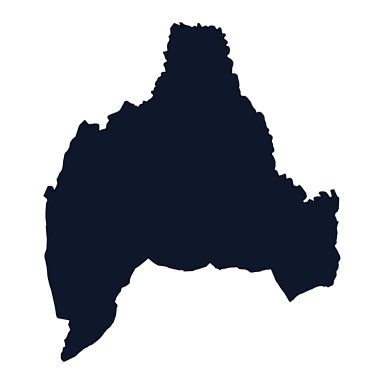 the district of Tibasosa, Boyacá, Colombia
{"feature_id": "7082276B75151573988065", "entity_name": "Tibasosa", "entity_type": "district", "adm_level": 2, "iso_a3": "COL", "parent_name": "Colombia", "parent_adm1": "Boyacá", "projection": "natural_earth1", "projection_center": [-72.995, 5.748], "detail": "fine", "context": "isolated", "style": "filled", "palette": "ink", "viewbox_px": 384, "rotation_deg": 0, "n_neighbors": 0, "source": "geoboundaries", "source_scale": "gbopen_adm2", "svg_char_len": 5902}
<svg xmlns="http://www.w3.org/2000/svg" viewBox="0 0 384 384"><path d="M84.8,120.8L80.9,124.5L79.5,126.4L76.2,136.8L72.8,139.7L70.7,143.0L70.0,147.5L67.8,151.4L66.0,152.9L65.2,154.3L63.8,161.6L63.6,164.9L62.9,169.1L62.0,171.1L59.9,173.8L59.0,176.4L57.3,179.6L57.9,181.9L58.0,185.0L57.5,185.0L56.9,186.9L55.0,190.2L54.0,191.0L53.8,191.0L53.3,190.2L52.7,187.8L51.4,186.6L48.3,186.7L44.3,195.8L46.6,197.6L47.7,197.8L47.8,198.2L47.5,198.7L48.2,200.2L46.8,203.4L46.2,212.1L46.2,217.4L47.0,224.1L47.0,225.4L46.5,226.7L47.6,239.4L47.3,246.7L47.2,249.0L45.3,254.5L45.2,257.3L46.0,260.1L47.5,267.8L48.2,276.2L48.8,279.2L50.1,284.7L51.9,290.2L55.6,306.7L56.9,315.3L57.6,317.2L58.7,317.6L70.2,319.7L69.6,323.6L68.9,324.2L68.9,324.6L71.0,329.5L70.9,330.5L68.8,333.2L67.6,336.9L65.9,339.6L64.9,340.2L65.7,343.6L66.1,347.1L64.0,347.8L63.7,348.2L63.0,352.2L61.8,353.4L61.6,354.4L61.5,358.0L62.2,359.5L63.3,360.7L63.9,360.5L64.2,361.0L74.5,356.0L75.7,355.2L78.0,352.8L83.5,348.3L85.0,347.4L87.2,346.5L88.6,345.3L92.1,343.8L97.6,339.5L100.4,336.8L106.1,329.4L109.7,326.3L113.1,321.6L115.2,315.5L116.1,307.1L116.8,305.8L116.6,305.1L114.0,301.8L114.2,300.9L115.1,299.7L115.2,298.3L115.7,297.3L118.2,293.2L120.0,291.3L120.7,288.6L121.4,287.2L125.6,285.5L128.7,283.2L129.1,282.3L129.1,279.9L130.4,275.9L134.8,268.0L139.0,265.2L145.2,260.2L148.2,257.4L153.8,262.0L158.0,264.7L165.2,265.7L167.5,266.3L169.0,267.2L179.1,269.5L183.1,269.4L184.3,270.7L192.8,270.3L195.1,269.1L196.6,268.9L205.7,266.1L209.9,261.9L215.4,266.6L215.7,267.5L217.2,267.8L220.2,269.2L220.1,268.4L224.9,268.0L229.2,266.9L237.1,266.5L239.7,268.4L244.7,268.7L246.4,269.0L248.1,269.9L250.9,271.8L251.7,271.9L254.7,271.3L258.7,271.0L260.3,270.7L262.4,269.8L267.0,268.9L269.3,268.9L271.3,268.2L276.8,281.3L278.0,282.6L281.2,287.7L285.5,293.5L289.7,300.8L289.9,300.6L290.5,301.1L292.3,299.2L292.7,299.5L295.5,296.3L298.9,293.9L302.1,292.7L309.8,289.1L311.5,288.6L314.7,286.9L318.4,285.6L320.7,285.2L322.0,285.3L324.0,286.0L326.4,285.5L328.1,286.6L331.2,284.9L331.4,285.1L332.7,284.1L333.1,282.7L333.0,280.8L335.7,275.9L335.9,274.7L335.6,272.2L335.7,270.8L336.8,269.6L337.7,267.6L338.1,264.8L337.5,262.4L339.3,259.6L339.7,258.3L339.4,256.3L336.5,250.3L334.5,247.1L334.0,245.7L334.3,244.8L335.7,243.2L336.0,242.1L335.6,239.8L336.1,238.9L336.4,235.2L336.8,233.2L336.1,228.3L336.6,225.4L337.8,222.1L336.0,221.0L335.9,219.5L335.0,218.8L335.6,218.2L335.5,217.9L334.5,217.2L334.6,216.2L334.1,216.1L333.6,215.3L334.4,214.4L334.9,212.5L335.7,212.2L336.3,210.9L337.3,210.9L337.3,210.2L337.0,209.7L337.9,209.0L338.2,208.5L338.0,207.0L338.3,204.5L337.9,204.3L338.1,202.9L338.3,202.9L338.5,199.3L338.3,197.7L337.0,197.2L336.7,196.8L333.7,190.1L331.9,190.3L331.2,190.5L331.1,191.1L331.9,193.1L332.4,196.0L332.1,197.3L331.5,197.7L330.5,197.9L329.0,197.3L326.9,194.0L325.8,192.8L323.7,192.1L320.8,192.2L319.8,192.5L319.5,193.2L321.3,195.4L321.7,196.3L321.5,196.8L320.7,197.3L317.5,197.1L314.6,197.7L314.3,198.5L314.6,200.6L314.1,201.8L313.5,201.9L311.8,200.7L309.6,199.8L308.6,200.9L307.9,202.5L307.6,202.7L306.1,202.5L304.7,203.2L303.4,202.9L302.4,201.4L302.5,200.5L305.3,198.1L306.2,196.3L305.3,193.1L300.2,186.2L299.1,185.7L298.2,186.7L296.8,187.1L293.6,186.1L293.1,185.5L292.6,184.1L291.8,180.0L290.7,178.7L289.9,178.5L286.8,179.4L285.7,178.9L285.4,174.8L284.9,174.3L282.5,175.5L279.6,176.3L278.6,176.2L278.0,175.3L276.8,171.7L275.9,170.8L274.7,170.6L274.2,170.1L274.0,168.9L274.7,166.7L274.8,161.6L273.6,158.4L272.6,156.3L271.5,155.1L271.2,153.9L271.7,152.4L273.2,151.4L273.7,150.6L273.3,148.4L272.3,146.1L272.3,144.2L271.0,141.5L272.0,137.9L271.9,137.0L270.7,135.6L268.9,134.7L267.7,133.0L267.7,132.2L268.4,130.7L268.0,130.7L268.3,129.5L266.8,128.2L266.0,127.1L265.3,123.2L264.0,120.0L263.8,117.2L262.4,114.5L261.0,113.6L261.1,113.2L259.2,112.5L258.4,112.6L256.8,113.4L255.8,113.1L255.2,110.7L252.5,107.3L251.2,105.0L250.3,102.5L246.5,97.8L245.0,96.7L242.0,96.5L241.2,96.3L240.1,95.4L239.7,91.0L238.2,87.5L238.7,85.9L238.5,82.8L236.8,75.4L234.9,74.1L232.0,74.2L231.3,72.8L231.5,67.9L232.7,63.9L232.5,62.1L231.8,60.9L230.4,59.5L227.2,57.6L226.5,56.7L226.4,55.8L226.9,54.7L228.6,53.3L229.1,51.3L229.2,49.3L228.9,47.9L228.2,47.0L226.0,46.5L225.5,45.8L225.9,43.9L227.1,42.7L226.9,41.7L223.4,38.8L223.2,38.0L223.4,37.2L225.0,35.5L225.1,34.9L225.0,34.5L224.6,34.2L222.8,34.2L221.7,33.4L221.3,32.6L220.8,29.3L220.3,28.3L219.8,28.0L219.1,28.4L218.4,29.5L217.7,30.0L216.9,30.1L215.5,29.0L214.3,26.8L213.2,26.4L211.4,26.2L209.5,26.6L208.5,27.8L207.8,28.0L206.6,26.6L205.8,26.3L202.1,27.7L201.3,27.4L199.6,24.6L198.7,23.6L198.3,23.7L198.1,24.4L197.7,27.0L197.2,27.5L196.5,27.5L195.1,26.6L194.6,26.5L192.5,27.9L191.4,27.7L189.5,26.6L185.4,25.6L183.4,24.8L182.0,23.4L180.3,23.0L180.4,24.1L181.0,25.0L184.0,26.3L183.3,28.1L181.6,26.9L174.3,23.8L170.9,28.4L171.3,34.3L169.5,36.3L169.3,36.8L170.2,38.5L170.2,39.4L169.7,41.2L168.2,43.7L167.9,45.2L167.8,46.8L168.2,50.5L168.0,51.1L166.4,52.1L163.9,52.3L163.7,53.0L164.7,53.9L166.0,58.4L167.5,59.8L167.4,62.2L166.8,62.6L164.8,63.2L164.1,64.5L164.4,65.4L165.5,67.2L166.4,71.6L166.2,72.3L165.6,72.6L163.3,72.5L161.9,73.2L161.6,73.8L161.9,75.9L161.0,76.9L158.7,78.1L158.3,78.7L157.9,80.0L155.9,82.9L155.6,84.7L156.6,86.4L156.4,86.9L154.6,88.2L154.7,90.1L153.4,91.2L151.9,91.6L151.7,92.1L151.8,92.7L153.4,94.1L153.7,94.7L153.8,95.4L153.4,96.6L152.7,97.6L151.5,98.9L148.8,100.6L147.7,101.9L146.8,102.4L144.3,101.5L143.6,101.6L143.0,104.0L142.5,104.5L140.6,104.8L138.6,107.5L137.9,107.7L136.2,106.5L134.6,106.3L133.5,104.8L132.8,104.4L130.9,104.2L127.4,101.7L126.1,101.5L125.1,102.0L120.5,110.6L119.2,111.3L117.9,112.5L113.8,113.9L108.9,116.0L108.2,116.8L108.1,117.5L109.7,120.1L109.8,120.8L107.3,124.3L107.0,125.3L106.9,127.5L106.1,129.2L101.7,130.3L100.4,131.2L99.5,131.4L98.9,130.8L98.5,129.9L98.6,125.3L98.0,124.7L97.2,124.3L94.7,124.2L89.5,125.0L88.4,124.6L87.3,123.8L84.8,120.8Z" fill="#0f172a" stroke="#020617" stroke-width="1.5"/></svg>